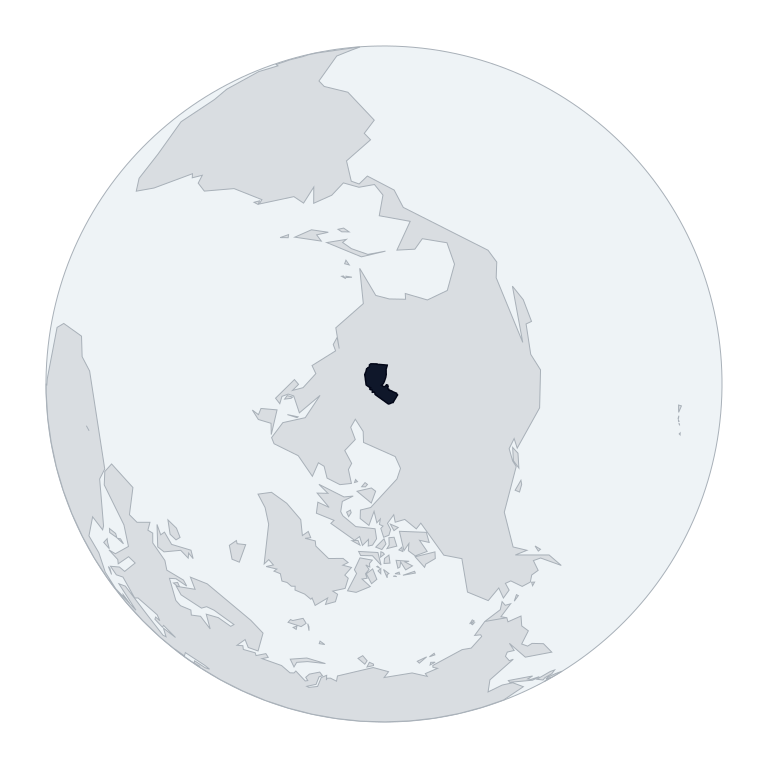 the Earth from above Michigan, rotated 185°
{"feature_id": "USA-3562", "entity_name": "Michigan", "entity_type": "State", "adm_level": 1, "iso_a3": "USA", "parent_name": "United States of America", "parent_adm1": "", "projection": "orthographic", "projection_center": [-86.829, 45.001], "detail": "fine", "context": "on_globe", "style": "filled", "palette": "ink", "viewbox_px": 768, "rotation_deg": 185, "n_neighbors": 0, "source": "natural_earth", "source_scale": "10m", "svg_char_len": 13620}
<svg xmlns="http://www.w3.org/2000/svg" viewBox="0 0 768 768"><g transform="rotate(185 384 384)"><circle cx="384" cy="384" r="338" fill="#eef3f6" stroke="#a8b0b8"/><path d="M437.9,717.6L444.9,716.2L437.3,717.6L445.7,713.7L459.7,706.6L475.2,680.2L469.5,675.2L445.4,671.5L416.7,646.0L425.5,632.0L418.7,626.1L440.8,603.0L434.3,583.2L426.2,581.1L418.7,589.7L390.8,578.1L380.2,561.6L292.0,526.3L282.3,515.3L281.5,499.6L249.4,437.5L264.6,492.7L252.6,480.1L242.5,459.2L247.7,456.2L240.4,426.3L229.3,411.7L226.9,373.8L245.7,331.7L249.6,341.0L253.7,330.5L249.1,318.5L245.1,313.3L253.0,266.8L241.2,232.9L227.1,230.8L238.3,225.1L204.7,228.1L191.6,218.7L212.8,224.3L219.8,221.1L214.2,211.8L220.2,206.6L221.0,199.4L228.7,194.4L240.5,198.9L245.7,196.0L241.4,189.6L246.4,181.2L251.9,190.8L261.3,177.3L282.7,184.0L291.2,216.8L309.5,218.7L335.2,248.6L339.2,242.5L351.5,250.9L360.8,247.3L362.9,254.6L368.4,245.5L364.7,239.6L365.9,233.8L371.0,231.3L374.6,239.9L372.6,242.4L376.3,243.7L375.9,249.2L379.0,245.1L382.8,256.3L386.7,241.8L396.0,247.9L396.5,256.4L386.5,259.8L362.8,290.5L360.2,301.4L366.5,312.7L399.3,324.0L400.6,334.9L409.5,346.4L413.4,338.0L407.8,326.2L417.3,314.3L409.3,302.1L412.0,295.7L407.8,282.1L419.1,279.9L432.5,285.3L436.5,296.8L442.5,299.8L447.3,285.8L463.2,305.1L488.3,314.9L491.3,320.8L481.4,336.7L459.5,343.6L446.7,367.1L465.8,347.9L472.9,364.3L478.6,365.6L484.6,362.8L486.1,355.3L490.8,360.4L473.6,380.6L469.1,376.2L474.6,369.6L464.3,373.3L452.8,388.4L457.3,396.1L435.1,412.8L438.0,418.9L434.8,426.3L431.7,415.4L436.9,435.8L411.6,462.3L418.3,497.1L399.9,471.5L386.2,469.2L369.9,470.3L370.7,476.0L348.1,471.5L329.1,482.7L324.2,509.5L333.6,530.2L358.5,532.1L365.0,521.0L382.8,518.5L372.1,548.3L403.4,551.2L401.5,572.1L410.9,581.9L426.1,577.8L442.0,580.8L452.5,567.5L469.8,557.9L471.1,574.1L479.9,557.2L490.1,562.8L524.0,552.4L521.7,557.0L550.4,565.6L579.8,560.5L586.6,567.9L583.2,576.1L593.0,572.7L593.1,576.8L630.2,559.2L647.6,554.5L645.9,567.6L629.2,593.3L609.0,627.6L577.7,652.6L566.3,664.0L536.0,684.3L517.4,691.7L519.3,692.9L506.1,698.7L493.1,703.2L488.0,705.4L478.2,708.3L482.7,707.2L437.9,717.6ZM85.8,388.1L88.0,381.4L88.7,388.7L85.8,388.1ZM88.0,375.4L87.5,378.1L87.6,375.4L88.0,375.4ZM87.2,372.2L87.8,374.5L86.8,372.4L87.2,372.2ZM85.8,368.5L86.7,370.2L86.5,370.3L85.8,368.5ZM417.6,508.7L453.4,519.9L434.1,524.8L437.6,521.4L428.3,516.0L411.4,511.7L394.1,516.5L417.6,508.7ZM84.7,361.1L84.6,359.1L85.6,360.0L84.7,361.1ZM431.3,488.1L425.2,487.6L431.1,486.7L431.3,488.1ZM242.3,312.0L248.4,318.9L250.3,332.0L244.5,326.7L242.3,312.0ZM239.6,288.2L244.1,289.6L239.2,300.0L238.1,296.0L239.6,288.2ZM215.7,231.0L219.4,235.8L213.7,233.0L215.7,231.0ZM219.7,199.4L216.7,199.8L218.4,196.0L219.7,199.4ZM401.9,284.4L404.8,283.3L404.0,286.4L401.9,284.4ZM397.3,279.7L394.3,284.1L391.7,282.5L393.6,279.9L397.3,279.7ZM231.7,184.9L235.3,179.0L233.7,185.7L231.7,184.9ZM401.5,274.8L387.5,279.3L383.0,276.5L386.3,264.3L401.5,274.8ZM238.7,176.1L247.2,162.4L241.3,161.9L262.9,156.2L248.5,169.3L247.4,177.5L243.9,174.1L238.7,176.1ZM361.3,238.8L365.5,245.0L357.3,242.3L361.3,238.8ZM355.8,238.6L328.9,239.9L325.2,230.1L335.0,231.4L326.4,221.0L337.9,215.5L345.2,220.0L345.3,227.3L349.6,219.7L355.8,238.6ZM273.4,155.7L277.2,153.3L275.5,156.7L273.4,155.7ZM365.7,231.3L360.6,232.2L357.1,223.6L366.7,220.3L364.8,224.1L365.7,231.3ZM318.6,221.2L317.7,214.6L326.7,208.2L327.6,204.9L337.9,214.6L318.6,221.2ZM368.1,224.8L371.7,218.9L378.0,220.8L370.5,229.8L368.1,224.8ZM352.1,222.9L350.9,218.8L354.7,220.0L352.1,222.9ZM402.3,225.1L396.3,225.9L393.9,221.4L402.3,225.1ZM372.5,216.6L370.4,216.0L368.8,214.5L372.3,211.2L372.5,216.6ZM343.5,209.6L347.5,208.5L339.8,205.3L346.2,200.7L351.9,208.2L352.2,203.1L354.1,201.7L356.6,209.4L343.5,209.6ZM371.1,203.3L380.5,211.9L392.3,211.1L394.7,215.0L375.4,215.6L371.1,203.3ZM362.4,206.1L368.3,205.2L368.3,210.2L364.2,214.0L362.4,206.1ZM348.5,195.1L337.2,200.1L336.3,198.4L348.5,195.1ZM374.5,202.0L372.1,200.1L375.3,201.4L374.5,202.0ZM356.5,196.0L352.6,197.9L351.7,195.9L356.5,196.0ZM370.7,194.7L373.7,197.3L371.1,199.9L370.7,194.7ZM364.2,194.5L363.9,191.2L368.3,199.2L362.6,195.6L364.2,194.5ZM356.3,193.8L354.5,193.2L358.1,193.3L356.3,193.8ZM379.0,184.0L385.1,193.4L379.2,198.8L374.1,188.8L379.0,184.0ZM638.4,161.6L634.4,157.2L634.1,156.9L633.7,156.5L641.2,164.9L639.7,163.8L642.1,165.9L657.4,185.4L671.2,206.0L683.5,227.5L694.2,249.9L703.2,273.0L710.4,296.7L716.0,320.8L719.7,345.3L720.6,354.9L719.8,353.1L719.9,359.9L714.6,411.9L708.3,416.4L689.5,405.3L687.1,384.9L678.4,371.3L654.8,275.0L659.0,264.6L651.0,218.1L651.6,214.2L662.7,226.3L664.7,207.0L653.4,191.1L645.3,172.3L633.4,156.7L611.4,137.0L630.7,161.9L624.1,160.1L600.7,134.4L582.3,114.5L579.1,113.2L582.4,121.5L569.6,113.3L582.5,124.3L583.6,122.5L591.7,129.7L591.2,131.9L586.7,128.7L589.9,134.4L610.4,149.4L613.7,149.1L627.2,168.9L634.0,170.6L640.6,178.6L631.6,178.6L626.0,174.7L616.3,184.0L623.4,189.7L633.1,181.7L633.9,185.9L643.6,194.8L636.8,191.5L624.4,199.9L630.8,221.0L653.9,259.1L654.5,272.5L648.4,280.6L625.1,259.0L626.2,231.6L618.0,224.7L605.1,225.8L606.5,217.8L601.4,215.3L600.5,205.5L586.9,189.1L584.1,179.6L566.7,171.2L562.9,165.5L574.3,171.9L580.8,171.7L572.5,150.2L567.4,145.4L556.7,142.0L555.8,137.0L546.5,136.6L535.8,124.8L541.0,139.2L528.7,136.8L515.6,129.2L512.5,131.3L533.7,143.9L541.3,146.7L546.3,144.8L567.8,156.3L573.3,164.4L554.3,163.0L560.0,174.7L542.7,169.5L496.1,137.0L482.8,125.3L486.2,107.1L496.3,109.7L500.1,117.3L507.7,110.9L501.8,111.0L501.0,107.3L488.9,105.0L487.8,102.3L478.2,105.1L475.5,101.6L481.6,99.8L461.5,94.6L452.5,88.1L448.5,88.3L446.8,90.4L436.6,81.3L434.1,81.9L436.4,85.0L433.0,88.5L422.9,91.4L419.9,88.1L423.2,86.6L425.5,78.9L434.6,76.1L432.4,75.2L423.8,76.9L420.9,86.1L415.7,88.8L415.6,84.0L415.2,85.9L411.7,86.3L405.4,83.8L404.9,89.1L370.0,100.6L354.4,97.8L358.3,91.6L330.8,98.6L315.4,96.5L317.6,99.1L305.9,105.4L310.6,106.1L310.8,107.9L283.0,126.2L274.1,128.5L264.7,141.0L265.8,142.6L271.8,141.4L262.9,156.2L241.3,161.9L239.8,157.9L227.3,164.8L225.7,155.0L218.7,150.7L224.2,137.0L218.1,135.4L213.9,138.5L202.5,139.2L193.5,131.5L219.4,124.2L236.5,136.6L231.1,129.9L237.8,127.7L239.3,123.3L235.1,119.3L231.2,121.1L252.7,98.5L253.5,86.3L240.0,94.4L229.7,97.6L218.8,94.6L237.4,79.6L236.1,80.2L258.5,70.3L281.5,62.0L305.1,55.4L329.2,50.6L353.5,47.5L377.9,46.1L402.4,46.6L426.8,48.8L451.0,52.8L474.9,58.5L498.2,66.0L521.0,75.1L543.0,85.8L564.2,98.1L584.4,111.9L603.6,127.2L621.6,143.8L638.4,161.6ZM673.7,311.7L676.9,316.5L673.7,311.7ZM553.6,91.7L549.1,89.7L542.6,86.0L543.3,86.9L548.8,89.7L548.5,91.7L537.3,85.7L532.9,84.7L538.0,88.1L558.5,99.1L559.1,95.7L567.9,101.0L569.9,102.0L558.1,94.4L553.6,91.7ZM525.1,551.9L529.3,553.7L524.0,555.6L525.1,551.9ZM432.0,532.5L439.3,531.9L443.3,534.1L437.8,535.8L432.0,532.5ZM492.2,521.4L500.3,520.8L492.1,524.5L492.2,521.4ZM458.9,520.9L485.7,522.5L469.7,531.3L452.7,530.3L464.1,526.7L458.9,520.9ZM429.0,499.6L433.7,500.4L432.7,504.0L429.0,499.6ZM435.6,487.6L433.8,488.1L431.3,485.6L435.6,487.6ZM473.9,363.0L475.4,361.6L481.7,360.3L479.4,364.0L473.9,363.0ZM506.1,337.7L512.9,346.6L506.4,342.5L504.4,348.9L488.3,348.9L491.9,323.8L493.1,335.0L506.1,337.7ZM467.7,342.9L477.6,345.1L466.7,343.8L467.7,342.9ZM573.8,213.4L577.6,210.6L584.0,215.7L587.4,229.8L578.2,222.3L573.8,213.4ZM581.6,205.7L561.8,201.6L558.9,193.4L563.9,198.5L563.9,193.5L572.0,200.6L588.5,197.6L595.2,202.0L597.9,224.3L593.3,214.3L589.8,217.3L581.6,205.7ZM516.4,212.1L507.8,211.9L512.6,193.9L520.1,196.2L524.0,209.8L517.4,215.2L516.4,212.1ZM410.1,253.1L406.5,255.5L405.5,252.9L407.7,248.8L410.1,253.1ZM399.7,225.8L424.8,240.5L421.9,243.8L440.1,249.4L439.6,260.5L427.9,256.3L441.1,269.5L430.3,270.2L440.1,278.4L414.0,268.0L404.9,269.7L415.3,263.4L416.0,253.1L413.5,249.1L399.7,239.5L380.3,239.0L377.9,229.2L381.4,222.5L385.6,221.2L385.9,227.8L391.4,221.3L395.0,229.9L399.7,225.8ZM423.1,159.3L421.5,165.9L433.3,157.4L437.0,164.6L438.1,163.2L444.7,167.8L454.7,171.0L454.9,174.8L458.7,174.5L463.2,177.8L468.5,178.8L470.7,186.0L477.3,188.0L474.6,190.3L485.5,191.9L478.4,194.1L483.5,199.0L487.7,194.3L486.7,234.3L491.7,250.6L499.9,263.3L486.6,266.3L470.5,256.7L455.1,241.6L452.1,225.9L446.6,230.5L443.6,224.5L449.2,223.4L438.8,221.7L437.8,216.6L424.0,205.3L409.6,206.7L404.2,203.0L409.3,199.9L400.4,198.4L406.4,190.2L402.7,187.4L404.9,177.0L417.0,173.2L411.9,170.5L413.4,162.9L423.1,159.3ZM380.0,181.0L393.6,174.0L402.3,174.8L394.8,192.8L397.3,196.4L392.8,208.7L380.3,207.5L382.8,204.0L382.2,200.4L386.4,202.2L382.7,198.1L385.9,193.3L383.9,189.0L388.9,187.8L380.0,181.0ZM646.3,205.8L645.6,202.3L643.3,196.0L649.4,201.8L646.3,205.8ZM638.3,211.7L636.8,207.7L644.3,212.1L644.9,216.1L638.3,211.7ZM629.6,202.1L636.1,207.1L633.0,206.8L629.6,202.1ZM572.3,168.3L570.0,164.3L572.2,164.5L576.4,167.4L572.3,168.3ZM458.8,138.2L456.6,141.2L454.3,140.4L444.2,143.5L440.7,138.8L445.4,135.1L458.8,138.2ZM618.3,143.5L625.4,150.6L625.6,151.6L623.1,148.9L618.3,143.5ZM641.0,176.5L638.8,170.5L642.7,178.2L641.0,176.5ZM453.3,133.6L449.6,135.3L450.1,131.9L453.3,133.6ZM437.6,135.6L437.2,131.7L439.1,138.6L437.6,135.6ZM418.0,100.4L436.0,100.8L446.7,99.1L449.0,94.3L453.4,101.7L437.0,104.3L418.0,100.4ZM376.3,100.6L374.3,105.5L370.0,104.0L369.9,102.6L376.3,100.6ZM378.7,103.2L386.0,108.4L381.5,111.5L376.7,106.8L378.7,103.2ZM420.3,119.3L425.9,119.7L425.3,122.3L420.3,119.3ZM198.4,101.6L198.8,101.4L192.2,106.4L197.1,104.2L195.0,106.5L187.2,110.8L181.6,113.4L186.4,109.9L198.4,101.6ZM199.8,103.0L206.0,103.2L193.3,112.1L189.1,114.0L191.6,110.0L198.1,105.5L199.8,103.0ZM203.8,106.0L210.1,101.9L232.7,97.8L234.3,99.4L210.5,106.1L215.2,102.7L211.9,102.5L203.8,106.0ZM274.9,151.9L277.0,153.2L273.2,154.0L274.9,151.9ZM313.6,108.1L313.2,110.8L308.8,111.3L313.6,108.1ZM309.7,118.6L315.0,116.2L310.6,120.1L309.7,118.6ZM326.7,110.7L317.7,115.9L324.5,109.0L326.7,110.7Z" fill="#d9dde1" stroke="#a8b0b8" stroke-width="1"/><path d="M373.5,366.2L373.9,366.3L374.0,366.3L374.5,366.1L375.1,365.7L376.3,365.0L376.9,364.7L377.1,364.7L377.8,364.5L378.0,364.5L378.8,365.0L380.2,365.8L381.0,366.3L381.7,366.7L382.4,367.2L383.2,367.6L383.9,368.0L384.3,368.3L384.8,368.5L385.2,368.8L385.6,369.0L386.0,369.3L387.3,370.0L387.8,370.3L388.8,370.9L389.8,371.5L390.3,371.8L390.8,372.1L391.3,372.4L391.5,372.5L391.8,372.7L391.9,372.8L392.0,372.9L392.0,373.3L392.1,373.6L392.3,374.1L392.3,374.3L392.7,374.7L393.1,375.2L393.2,375.3L393.3,375.3L393.5,375.3L393.5,375.2L393.8,374.9L394.0,374.9L394.2,375.0L394.5,374.8L394.7,374.7L394.9,374.7L395.0,374.8L394.8,375.4L394.9,375.6L395.0,375.7L395.1,375.9L395.1,376.0L395.1,376.3L395.1,376.5L395.3,376.9L395.5,377.0L395.6,377.3L395.7,377.5L395.8,377.5L396.1,377.3L396.1,377.2L396.3,377.2L396.5,377.2L396.9,377.2L397.1,377.2L397.3,377.3L397.6,377.6L397.8,377.8L397.6,378.2L397.4,378.6L397.1,379.2L397.8,379.2L398.3,379.5L399.0,379.9L399.7,380.3L401.6,381.4L401.7,381.6L401.8,381.8L402.3,384.3L402.6,385.5L402.9,386.7L403.1,387.9L403.4,389.2L404.0,391.6L404.0,391.8L404.0,392.0L403.8,392.4L403.7,392.7L403.5,393.5L403.4,393.9L403.1,394.6L403.0,395.0L403.0,395.4L403.0,395.6L402.9,395.8L402.8,396.0L402.8,396.3L402.8,396.5L402.8,396.9L402.7,397.4L402.7,397.5L402.5,397.8L402.3,397.9L402.2,397.9L402.0,398.2L401.5,398.8L401.4,398.9L400.9,399.2L400.5,399.4L400.3,399.5L400.2,399.7L400.1,399.9L400.1,400.1L400.1,400.6L400.1,401.1L400.1,401.3L400.2,401.7L399.0,402.9L398.4,403.0L398.0,403.0L397.7,403.0L397.3,403.1L396.9,403.1L396.6,403.1L396.2,403.2L395.8,403.2L395.5,403.2L395.1,403.2L394.7,403.3L394.4,403.3L394.0,403.3L393.6,403.3L392.9,403.4L392.9,403.0L392.6,403.0L391.9,403.0L391.2,403.0L390.9,403.0L390.6,403.1L389.9,403.1L389.5,403.1L389.2,403.1L388.5,403.1L387.8,403.1L387.1,403.1L386.8,403.1L386.5,403.1L386.1,403.1L385.8,403.1L385.4,403.1L384.4,403.1L383.7,403.1L383.0,403.1L382.7,403.1L382.4,403.1L382.4,402.7L382.5,402.1L382.7,401.4L382.8,400.8L382.9,400.2L383.0,399.7L383.2,398.8L383.1,398.0L383.0,397.6L383.0,396.9L382.9,396.4L382.9,395.8L382.8,395.1L382.7,394.4L382.6,393.8L382.6,393.6L382.7,393.0L382.7,392.4L382.8,391.7L382.8,391.3L382.9,390.6L383.0,390.1L383.2,389.5L383.3,388.9L383.5,388.3L383.6,387.7L383.7,387.2L383.9,386.6L384.1,386.1L384.3,385.4L384.5,384.9L384.7,384.6L384.8,384.3L385.0,384.1L385.2,383.8L385.4,383.6L385.6,383.3L385.9,383.1L386.1,382.9L386.4,382.6L386.1,382.5L386.0,382.4L385.9,382.3L385.7,382.2L385.4,382.1L385.2,381.9L384.9,381.8L384.8,381.7L384.6,381.6L384.4,381.4L383.6,381.4L383.2,381.4L382.9,381.4L382.7,381.6L382.6,381.9L382.5,382.1L382.3,382.3L382.0,382.6L381.6,382.8L381.5,383.2L381.5,383.5L381.3,383.5L381.0,383.5L380.8,383.4L380.6,383.3L380.5,383.2L380.4,383.1L380.3,382.9L380.2,382.9L380.3,382.6L380.4,382.3L380.5,382.1L380.6,381.9L380.5,381.7L380.4,381.7L380.1,381.9L379.9,381.8L379.7,381.9L379.6,381.7L379.7,381.4L379.9,381.2L380.0,381.1L379.9,380.8L379.9,380.7L380.0,380.6L380.0,380.4L379.9,380.2L380.0,380.0L380.0,379.9L379.9,379.8L379.8,379.7L379.7,379.7L379.4,379.5L379.3,379.4L379.2,379.4L378.9,379.3L378.7,379.2L378.8,378.9L378.7,378.5L378.7,378.4L378.4,378.3L378.2,378.3L378.1,378.2L377.9,378.2L377.7,378.1L377.4,378.0L377.2,378.0L377.1,377.9L376.9,377.9L376.7,377.9L376.7,378.0L376.4,377.9L376.2,377.8L375.9,377.8L375.4,377.6L375.0,377.3L374.7,377.2L374.2,376.9L373.9,376.9L373.3,376.7L373.0,376.6L372.3,376.4L371.9,376.2L371.6,376.1L371.3,376.1L371.1,376.0L370.9,375.9L370.7,375.9L370.6,375.6L370.4,375.2L370.3,374.9L370.2,374.8L370.0,374.7L369.9,374.7L369.7,374.5L369.5,374.3L369.6,374.0L369.8,373.8L370.3,372.8L370.5,372.3L370.9,371.5L371.1,371.0L371.2,370.8L371.5,370.3L371.6,370.0L371.7,369.8L372.0,369.3L372.4,368.5L372.5,368.2L372.7,367.7L372.9,367.5L373.0,367.2L373.2,366.7L373.3,366.4L373.5,366.2Z" fill="#0f172a" stroke="#020617" stroke-width="1.5"/></g></svg>